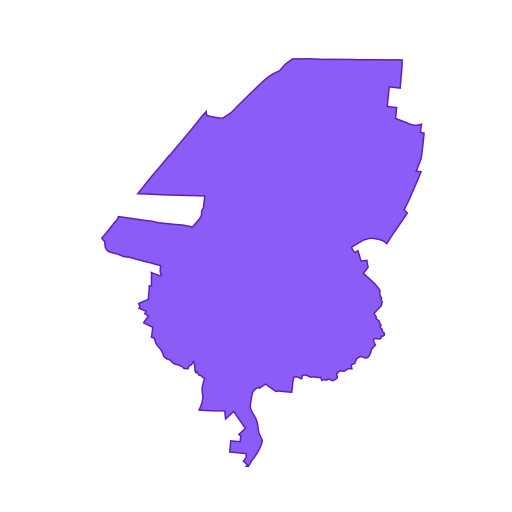 Oluta, Veracruz, Mexico (Natural Earth projection), rotated 6°
{"feature_id": "50627088B82247069447552", "entity_name": "Oluta", "entity_type": "district", "adm_level": 2, "iso_a3": "MEX", "parent_name": "Mexico", "parent_adm1": "Veracruz", "projection": "natural_earth1", "projection_center": [-94.896, 17.896], "detail": "fine", "context": "isolated", "style": "filled", "palette": "violet", "viewbox_px": 512, "rotation_deg": 6, "n_neighbors": 0, "source": "geoboundaries", "source_scale": "gbopen_adm2", "svg_char_len": 5685}
<svg xmlns="http://www.w3.org/2000/svg" viewBox="0 0 512 512"><g transform="rotate(6 256 256)"><path d="M158.8,165.6L153.6,173.5L152.7,174.8L150.1,178.8L149.6,179.4L146.0,184.7L145.1,185.9L144.6,186.7L143.4,188.5L139.4,194.6L137.1,198.4L135.5,200.9L133.4,204.1L131.9,206.4L140.7,205.8L152.7,205.1L154.8,205.0L160.7,204.6L180.1,203.1L187.2,202.5L198.8,201.6L198.7,208.0L198.6,214.0L197.5,215.8L197.2,217.9L197.5,219.9L197.3,221.8L196.0,224.7L195.7,225.4L189.8,233.8L186.1,233.4L185.8,233.4L180.2,232.9L174.6,233.0L173.9,233.0L170.3,233.1L165.4,233.1L154.3,233.0L151.9,232.7L148.1,232.2L143.5,232.3L142.0,232.2L127.4,231.6L124.3,231.5L115.0,231.2L114.4,233.9L112.5,236.6L110.8,238.8L110.7,239.2L110.4,239.9L108.8,242.0L107.1,245.1L103.4,250.5L103.2,250.9L100.7,254.4L103.0,256.8L104.0,256.9L104.2,258.5L104.4,259.6L105.2,263.1L106.8,265.4L107.3,266.1L109.1,266.9L110.4,267.4L114.7,268.1L118.2,268.6L124.4,270.4L124.5,270.4L129.8,270.5L133.2,270.9L136.2,271.6L140.8,272.2L144.5,272.9L147.5,273.3L149.9,273.6L152.4,273.9L153.6,274.1L156.4,274.7L162.1,275.5L162.3,281.4L162.5,282.2L164.0,285.1L161.6,285.6L156.5,284.2L153.6,283.4L153.8,284.0L154.0,284.8L154.0,285.1L154.5,290.6L155.2,296.4L153.0,296.9L153.2,300.1L153.4,310.1L153.5,310.4L144.3,315.5L145.8,318.3L145.1,320.3L146.2,320.5L152.3,322.4L152.3,322.6L151.5,325.0L155.3,327.0L151.7,333.1L151.4,334.3L160.6,337.6L160.7,341.8L160.7,343.6L160.5,347.8L162.0,348.0L162.9,347.8L164.1,349.9L165.3,352.7L167.1,355.2L169.7,357.7L171.4,359.4L172.1,360.5L172.9,361.7L174.8,365.6L177.9,367.5L181.5,368.5L184.5,371.1L187.6,372.2L189.9,372.3L191.9,373.1L194.2,373.6L195.0,374.6L196.3,375.5L197.9,375.4L199.1,375.3L200.3,375.1L200.8,372.5L202.5,371.4L203.3,370.5L205.0,367.5L206.3,370.6L207.3,375.9L207.2,376.5L208.3,378.2L209.0,378.4L209.4,377.9L209.8,377.5L210.8,379.0L211.4,380.2L214.1,380.9L215.4,382.0L217.7,383.1L217.0,386.2L216.7,388.9L216.3,391.3L216.2,393.1L216.4,394.9L216.6,396.0L216.8,396.8L217.3,399.3L218.0,402.3L217.8,404.5L217.7,407.0L217.1,410.0L215.5,415.2L221.9,414.9L230.6,414.4L237.1,413.7L241.1,413.3L242.8,421.3L246.9,416.5L250.0,412.9L255.3,419.1L258.5,422.8L262.1,426.9L263.5,428.4L257.6,435.2L259.1,436.2L259.7,436.5L259.6,442.3L250.2,442.5L250.4,453.4L250.4,453.7L256.8,453.6L259.7,453.6L266.6,453.5L267.4,457.1L264.9,461.4L269.2,464.5L268.3,466.2L270.3,466.0L272.0,462.7L272.7,460.9L274.1,458.3L275.5,456.2L276.5,454.1L277.6,452.2L279.3,448.2L280.4,444.8L281.4,441.5L281.5,439.2L280.8,437.3L279.5,435.4L278.4,433.6L277.3,431.3L276.7,429.4L276.0,426.9L275.5,424.5L274.8,422.0L273.8,419.5L272.5,417.3L271.1,415.2L269.6,413.3L268.4,411.6L267.0,409.4L266.3,407.6L266.0,405.6L266.0,403.0L266.2,400.2L266.3,398.4L266.4,396.0L266.5,393.8L267.0,391.7L267.8,390.1L269.4,388.3L271.4,386.8L272.6,386.3L273.1,387.1L278.9,382.4L289.5,388.4L290.5,388.6L293.3,387.6L293.6,387.9L299.6,387.9L305.8,387.8L305.8,382.8L305.8,382.1L305.8,378.2L305.8,376.6L306.3,373.0L306.3,372.4L309.6,372.0L311.7,372.3L312.9,373.1L314.2,373.4L314.4,371.8L314.5,370.3L315.4,369.7L316.4,369.3L318.2,369.3L320.2,369.8L322.7,370.9L324.1,370.3L326.0,370.1L327.2,370.3L329.7,370.4L333.0,370.0L333.7,371.3L334.6,372.9L335.7,372.1L337.5,371.9L337.6,372.0L338.8,372.1L339.6,371.7L341.2,370.7L344.4,371.9L345.9,371.8L349.3,369.2L349.6,368.5L349.5,367.3L348.4,365.3L350.2,362.6L352.1,361.0L354.0,361.6L355.6,361.4L359.6,358.3L362.0,358.4L363.2,358.1L362.3,355.4L362.4,354.0L365.5,352.5L365.7,351.2L366.1,349.9L367.1,347.1L369.2,345.8L370.8,345.0L372.8,345.2L374.1,345.9L376.5,345.9L377.8,345.1L379.2,343.2L380.0,340.4L380.6,336.9L382.1,334.6L384.1,332.0L382.7,330.0L381.6,327.6L381.8,326.7L383.0,325.5L384.7,325.7L387.5,325.5L388.7,325.1L388.9,324.1L389.1,322.4L390.6,322.5L391.9,321.3L391.7,319.3L390.0,318.3L389.4,316.7L389.0,315.6L387.3,314.5L387.0,313.2L387.6,311.7L386.6,310.5L385.8,309.5L385.4,307.9L382.2,305.9L381.8,303.9L379.4,300.7L381.4,298.0L382.7,296.3L385.8,292.3L386.0,289.7L386.4,288.8L385.9,287.9L385.4,287.0L385.1,285.9L385.2,284.3L384.3,283.5L383.1,281.0L382.8,277.0L377.2,271.3L365.0,262.3L364.6,262.0L368.7,255.6L368.5,255.0L366.7,248.7L361.0,250.1L356.9,240.1L354.0,242.2L351.6,240.0L350.8,238.6L350.6,238.3L350.1,237.3L350.3,237.1L356.9,232.0L361.7,228.6L363.3,228.2L365.1,227.3L366.8,226.7L370.0,226.2L373.7,226.4L376.8,226.7L379.2,227.2L381.1,227.8L382.8,228.7L384.7,230.1L388.7,222.1L396.9,207.0L402.0,197.6L401.1,196.7L399.9,195.8L398.5,194.4L402.0,185.2L404.7,176.6L408.5,164.8L411.3,154.9L411.2,154.9L406.5,154.9L406.8,153.7L410.1,141.8L410.1,141.7L410.2,137.7L410.4,128.4L410.4,126.4L410.3,116.3L406.5,115.6L406.8,107.7L402.5,109.1L399.2,109.4L396.1,109.0L395.0,108.6L390.6,107.3L381.4,104.9L380.4,104.7L380.4,93.7L370.9,93.6L370.8,73.8L381.8,74.0L381.4,52.8L380.9,45.8L378.1,45.9L371.8,46.6L367.4,47.1L363.1,47.5L356.9,48.0L352.9,48.4L352.5,48.5L349.7,48.8L347.4,49.0L343.7,49.4L340.9,49.7L340.5,49.8L339.2,49.9L338.2,50.0L325.3,51.0L325.0,51.1L322.0,51.4L311.7,52.4L301.1,53.6L300.8,53.6L297.3,53.7L287.6,54.4L284.8,54.7L278.6,55.4L278.6,55.5L274.8,55.8L274.0,55.9L273.7,56.0L272.8,56.0L272.4,56.1L271.7,56.2L267.3,60.1L265.4,61.9L262.5,65.8L260.2,69.2L253.8,73.1L250.2,76.1L249.1,77.1L247.4,78.8L245.6,80.6L243.8,82.7L240.1,87.0L236.0,91.9L235.1,92.9L232.5,96.1L231.6,97.2L221.7,109.2L220.4,111.1L219.3,112.3L216.6,115.7L208.7,122.3L205.8,122.7L198.8,122.2L196.6,122.0L195.1,121.8L193.5,121.5L192.7,121.2L192.0,120.4L191.5,119.3L191.4,118.2L191.3,117.5L190.2,119.2L188.6,121.5L188.4,121.4L187.8,122.4L186.2,124.9L184.4,127.8L184.1,128.3L182.7,130.5L182.4,130.9L181.3,132.7L177.2,138.9L176.5,140.0L175.2,141.9L167.5,153.3L166.8,154.3L159.4,165.4L159.1,165.8L158.8,165.6Z" fill="#8b5cf6" stroke="#5b21b6" stroke-width="1.5"/></g></svg>